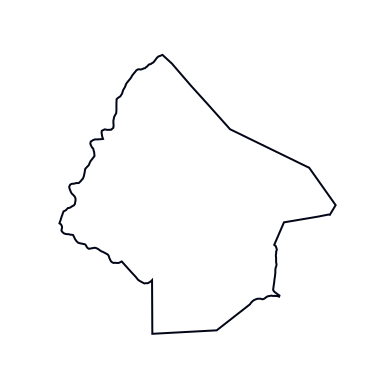 the district of San Juan Bautista Tlacoatzintepec, Oaxaca, Mexico, rotated 166°
{"feature_id": "50627088B3977651749466", "entity_name": "San Juan Bautista Tlacoatzintepec", "entity_type": "district", "adm_level": 2, "iso_a3": "MEX", "parent_name": "Mexico", "parent_adm1": "Oaxaca", "projection": "natural_earth1", "projection_center": [-96.578, 17.87], "detail": "fine", "context": "isolated", "style": "outline", "palette": "ink", "viewbox_px": 384, "rotation_deg": 166, "n_neighbors": 0, "source": "geoboundaries", "source_scale": "gbopen_adm2", "svg_char_len": 2921}
<svg xmlns="http://www.w3.org/2000/svg" viewBox="0 0 384 384"><g transform="rotate(166 192 192)"><path d="M242.7,300.3L243.1,298.9L243.7,296.9L244.4,294.2L244.8,292.7L245.2,290.9L246.0,288.2L246.5,286.8L249.4,283.7L250.3,281.7L251.0,280.3L251.5,278.3L252.0,275.4L252.8,273.3L255.4,272.0L256.9,272.3L258.9,272.7L261.6,273.9L264.7,273.2L265.4,271.5L265.7,267.5L265.5,265.0L266.5,265.1L271.0,265.9L273.5,266.5L275.4,266.3L278.1,265.4L279.0,263.4L278.6,260.9L278.3,259.5L277.4,258.1L277.4,255.6L277.3,254.4L277.9,250.5L283.3,246.2L285.7,243.0L288.8,241.1L290.1,240.1L291.0,238.0L291.6,236.6L292.2,235.4L293.3,233.2L294.6,231.4L295.7,230.7L297.6,229.3L299.7,228.1L302.3,228.7L304.7,228.6L306.1,229.0L307.4,228.9L308.5,228.5L309.9,226.8L310.0,224.8L309.8,223.5L309.5,221.1L309.0,219.5L307.7,217.5L306.9,215.8L306.6,214.1L306.9,212.3L307.8,210.4L308.5,208.7L309.7,207.7L312.3,207.0L313.7,206.4L315.4,206.3L316.4,206.4L318.5,205.0L320.0,204.5L321.3,204.3L322.5,202.6L323.1,201.6L324.2,200.0L325.1,198.6L326.1,196.9L327.0,195.5L328.2,193.7L326.9,192.2L326.7,191.3L326.5,189.8L326.8,188.6L327.4,187.6L328.0,186.0L327.3,184.3L326.5,183.1L324.9,181.9L323.2,181.2L322.0,181.0L320.4,180.0L318.9,179.6L317.8,179.0L317.4,177.3L316.9,174.7L316.0,172.3L314.8,170.4L313.6,169.6L308.6,167.2L307.9,166.2L307.5,164.4L306.7,162.7L305.7,161.8L302.0,161.6L299.7,161.4L298.6,160.8L297.0,159.5L295.4,157.6L294.2,156.3L293.1,155.6L292.0,154.6L289.0,151.9L288.3,150.4L288.2,148.9L288.1,147.7L287.8,146.1L287.4,144.4L286.5,143.1L285.2,142.1L284.0,142.0L282.2,141.4L281.2,141.0L279.6,141.0L278.3,141.3L277.0,141.6L270.2,128.8L266.9,122.8L266.1,121.0L265.6,119.9L264.2,118.3L261.4,115.7L260.3,114.8L259.0,114.7L257.0,114.2L254.7,114.8L253.2,115.4L252.1,116.1L264.8,64.0L201.5,51.8L164.3,68.4L162.9,69.0L161.5,70.3L159.7,71.4L158.0,72.1L154.8,72.6L152.5,72.2L151.2,71.8L149.9,71.0L148.8,70.8L147.4,71.1L145.9,71.8L143.8,72.5L141.6,72.3L140.3,72.3L138.2,71.4L137.1,71.3L135.7,70.8L134.5,70.5L132.8,69.4L132.2,70.4L133.7,72.1L135.8,74.7L136.8,76.4L136.9,77.6L136.1,79.6L135.2,81.9L134.3,84.0L133.1,87.3L132.0,89.8L130.6,93.7L129.9,96.5L129.2,98.2L128.4,99.2L127.5,101.3L127.4,103.4L127.1,104.6L126.7,106.3L126.3,108.0L126.1,109.6L125.8,110.8L125.1,112.2L124.9,113.6L123.9,115.0L123.6,116.0L123.8,119.1L125.0,120.8L110.1,140.3L75.3,137.6L65.1,137.1L63.8,136.5L55.8,144.5L72.4,187.1L139.9,243.7L155.1,272.6L167.3,295.4L180.4,321.4L187.4,332.1L187.5,332.2L189.2,331.9L191.8,331.6L192.9,331.1L194.2,330.2L195.3,329.3L196.5,328.3L198.1,327.1L199.6,326.7L201.2,326.1L202.6,326.2L204.0,325.5L205.3,324.6L206.5,324.2L207.6,323.5L208.9,323.6L210.5,323.3L212.0,323.2L213.7,323.9L215.2,324.0L216.7,323.4L218.2,322.2L219.5,321.3L220.5,320.5L222.2,319.2L222.9,318.3L224.2,317.1L227.2,314.9L228.9,313.6L230.2,312.3L230.9,311.0L231.9,309.8L233.9,307.8L234.8,306.5L236.1,304.3L238.5,302.1L241.1,301.2L242.7,300.3Z" fill="none" stroke="#020617" stroke-width="2"/></g></svg>